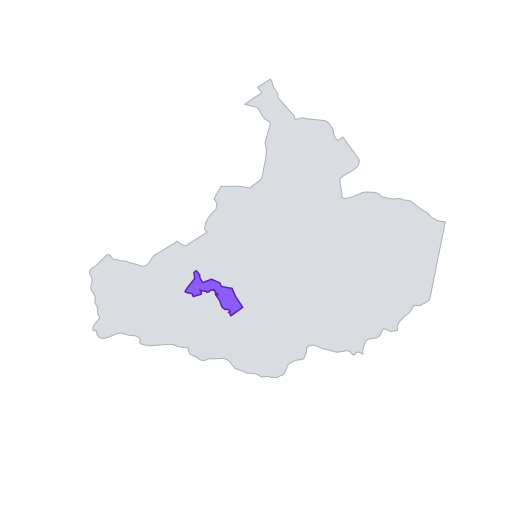 location of Jur River, Western Bahr el Ghazal, South Sudan, rotated 327°
{"feature_id": "79223893B97545569096613", "entity_name": "Jur River", "entity_type": "district", "adm_level": 2, "iso_a3": "SSD", "parent_name": "South Sudan", "parent_adm1": "Western Bahr el Ghazal", "projection": "orthographic", "projection_center": [27.953, 7.62], "detail": "fine", "context": "in_parent", "style": "filled", "palette": "violet", "viewbox_px": 512, "rotation_deg": 327, "n_neighbors": 0, "source": "geoboundaries", "source_scale": "gbopen_adm2", "svg_char_len": 4372}
<svg xmlns="http://www.w3.org/2000/svg" viewBox="0 0 512 512"><g transform="rotate(327 256 256)"><path d="M392.6,372.1L379.6,385.4L378.7,386.2L377.1,387.3L371.9,387.4L366.4,386.8L361.4,383.5L356.3,386.1L353.1,387.0L351.1,387.3L346.6,387.8L340.2,389.3L337.4,391.1L335.8,392.5L334.5,395.1L333.9,395.3L332.7,395.0L331.0,394.0L327.6,392.6L325.9,389.3L324.3,387.4L323.0,386.4L317.6,389.6L315.0,390.4L312.8,390.4L308.9,388.6L304.5,387.0L302.3,387.1L299.0,389.0L295.2,392.0L293.2,394.9L292.3,396.6L290.9,394.0L289.7,392.3L287.8,391.7L284.2,392.4L283.3,391.5L283.1,389.2L282.6,387.1L281.7,385.6L278.8,384.1L271.6,381.0L266.0,374.7L263.2,371.8L261.2,369.9L258.2,365.0L254.9,361.6L250.9,360.0L248.3,360.8L245.6,364.5L240.5,367.9L238.1,368.0L235.1,366.2L231.3,364.9L224.5,364.3L221.7,365.9L218.0,368.6L214.9,370.1L212.9,370.3L211.1,369.7L209.1,369.4L207.3,369.3L203.7,366.9L201.8,365.2L200.5,363.5L198.5,362.3L196.1,361.4L194.4,359.9L193.5,358.0L192.2,355.6L190.4,353.4L184.8,349.5L183.2,347.2L182.0,344.9L179.8,342.4L177.3,339.1L176.6,334.2L176.5,330.3L176.0,328.5L174.9,326.7L173.8,325.2L171.8,323.4L167.3,320.9L162.6,318.0L160.4,316.3L156.2,315.7L153.6,314.0L151.5,310.3L150.6,307.4L148.5,305.1L147.6,303.4L147.1,301.5L148.8,295.8L146.3,293.7L142.7,291.0L140.1,288.1L138.5,285.4L133.8,281.9L123.5,276.5L117.6,273.1L114.4,270.1L111.6,267.1L111.3,265.9L113.1,263.0L113.4,260.5L111.9,257.8L105.8,252.8L101.0,247.2L97.3,245.4L88.4,243.8L85.8,243.2L83.2,242.1L80.5,239.5L79.7,236.6L81.0,231.9L80.2,230.4L78.7,230.0L79.1,229.0L80.8,226.7L83.6,225.3L91.0,223.0L91.4,222.1L91.6,219.1L92.2,217.7L94.7,213.6L95.1,212.0L95.3,208.5L95.6,206.9L96.4,205.7L98.4,203.7L99.1,202.4L99.4,199.8L99.3,194.5L100.3,192.4L105.0,187.6L106.2,185.5L106.7,183.6L106.6,181.6L106.9,179.7L108.3,177.9L109.5,177.3L112.9,176.7L115.2,177.1L131.5,173.9L133.4,174.4L134.2,176.3L134.1,179.4L134.4,180.9L135.3,182.0L137.8,183.5L139.6,186.0L140.5,186.9L143.1,188.6L155.2,202.8L158.6,204.1L161.9,203.7L168.5,200.7L171.8,200.0L194.8,200.9L197.4,200.4L197.5,200.5L201.0,207.6L202.7,209.2L228.0,209.3L227.5,207.2L227.8,205.0L232.2,200.6L232.9,200.1L236.7,198.0L240.5,196.6L247.8,195.0L250.5,192.4L252.0,190.0L252.0,185.4L253.0,184.7L254.7,183.6L263.1,179.4L264.5,178.5L279.5,188.1L288.0,195.6L288.5,196.0L288.9,196.1L289.4,195.8L289.7,195.5L290.7,195.1L294.3,195.0L301.1,194.6L303.3,193.7L316.8,180.0L320.2,175.6L321.1,174.8L323.0,171.7L325.0,166.3L325.4,165.7L340.1,152.9L340.6,151.9L340.7,151.1L338.4,146.8L337.9,144.7L337.7,141.3L338.1,136.1L337.9,132.9L337.7,132.0L337.6,131.8L329.2,122.5L350.0,122.2L350.0,121.1L350.0,120.7L349.5,119.6L349.3,118.1L349.3,117.3L349.4,116.5L349.4,116.1L349.3,115.7L349.4,115.4L364.4,115.4L364.3,118.1L362.6,124.3L362.7,128.0L362.3,132.3L361.8,133.5L361.1,134.6L360.8,135.1L360.8,135.5L364.3,159.3L364.1,160.3L363.3,161.8L363.1,162.3L363.1,162.7L363.4,162.9L370.4,165.4L370.7,165.6L371.0,165.8L373.5,168.8L387.4,179.9L387.9,180.5L389.3,184.0L389.5,184.6L389.6,185.4L389.6,186.1L389.2,188.2L389.4,189.2L389.6,189.8L389.8,190.5L389.7,191.3L387.8,195.4L387.1,198.3L387.0,200.8L387.1,202.2L387.4,203.1L387.6,203.5L387.8,203.6L393.7,203.6L393.7,204.9L394.8,226.4L394.8,228.8L394.7,231.8L394.0,233.0L392.3,234.8L390.3,236.3L385.0,236.8L380.5,236.8L377.4,236.5L373.0,236.4L369.0,236.8L367.5,238.2L362.3,249.7L360.7,252.6L360.3,254.2L360.8,255.2L362.9,256.6L367.5,258.6L372.8,259.7L376.8,260.2L379.4,260.7L381.5,261.3L389.1,266.4L391.5,268.8L392.9,270.9L393.2,273.2L394.4,275.5L401.3,282.5L407.8,285.8L410.4,289.6L412.8,291.4L415.1,293.4L416.4,296.3L419.3,304.9L421.3,309.4L423.3,313.0L424.1,319.0L425.7,321.7L427.3,324.9L430.0,327.8L432.8,330.0L433.3,330.6L405.3,359.1L392.6,372.1Z" fill="#d9dde1" stroke="#a8b0b8" stroke-width="1"/><path d="M195.0,236.0L192.4,241.4L180.1,245.7L177.1,247.3L178.4,249.5L180.7,251.3L182.0,253.5L181.2,254.8L181.6,256.0L189.2,258.2L190.4,256.8L190.5,254.4L194.7,258.5L195.1,259.8L197.1,260.4L198.4,259.9L201.5,260.7L201.5,261.6L202.7,262.3L201.7,265.2L202.7,265.8L201.1,266.4L201.1,267.4L202.5,266.8L203.2,267.7L201.1,268.4L201.3,272.9L199.7,280.2L200.7,283.7L204.1,286.2L204.1,288.4L202.3,288.3L202.9,290.3L202.2,292.2L202.7,292.5L216.9,291.8L216.8,278.5L218.3,270.1L213.0,265.2L210.6,262.9L210.4,261.3L211.1,259.0L206.6,252.1L206.0,251.2L196.8,249.3L197.2,243.0L198.5,241.3L197.9,235.8L195.0,236.0Z" fill="#8b5cf6" stroke="#5b21b6" stroke-width="1.5"/></g></svg>